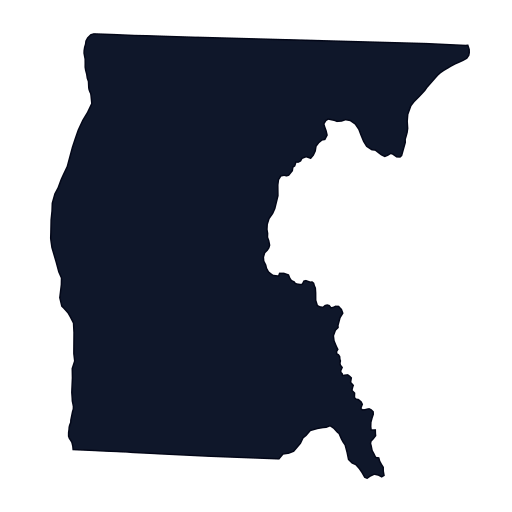 Breu Branco, Pará, Brazil, rotated 2°
{"feature_id": "56859067B62895798843841", "entity_name": "Breu Branco", "entity_type": "district", "adm_level": 2, "iso_a3": "BRA", "parent_name": "Brazil", "parent_adm1": "Pará", "projection": "robinson", "projection_center": [-49.279, -3.757], "detail": "fine", "context": "isolated", "style": "filled", "palette": "ink", "viewbox_px": 512, "rotation_deg": 2, "n_neighbors": 0, "source": "geoboundaries", "source_scale": "gbopen_adm2", "svg_char_len": 4009}
<svg xmlns="http://www.w3.org/2000/svg" viewBox="0 0 512 512"><g transform="rotate(2 256 256)"><path d="M85.6,101.7L86.6,109.4L82.6,118.6L80.8,121.8L78.2,126.5L74.0,136.4L71.4,144.8L68.8,153.7L64.3,173.2L60.9,181.0L58.7,186.3L55.9,194.8L52.9,200.9L50.6,210.3L50.6,218.3L50.0,227.0L50.2,239.9L50.2,241.9L50.2,245.3L50.6,248.0L51.8,254.7L56.7,269.5L59.5,278.7L62.4,284.7L62.5,291.5L61.4,304.5L63.7,312.9L65.5,314.5L70.2,319.4L72.5,323.1L76.0,329.4L76.2,332.0L76.8,338.8L77.3,357.5L77.4,360.1L78.5,367.3L76.3,374.9L76.8,384.3L76.7,395.6L76.7,398.8L77.3,404.6L77.5,407.3L78.2,410.1L78.8,412.8L78.8,415.4L78.1,418.0L76.7,426.5L76.7,428.8L75.7,431.6L75.3,433.6L75.2,436.1L74.9,439.0L75.0,442.6L75.9,444.8L77.1,446.4L78.5,448.6L79.1,450.7L79.6,452.6L80.0,455.8L102.4,456.0L106.7,456.1L108.4,456.1L114.0,456.2L115.7,456.2L121.9,456.2L123.7,456.2L127.6,456.3L129.8,456.3L133.4,456.3L139.4,456.6L161.6,456.9L164.9,457.0L216.0,457.7L286.0,457.9L289.9,452.9L295.5,451.9L300.4,449.8L303.2,446.3L306.9,441.6L309.3,436.1L312.2,433.6L316.3,428.5L323.5,426.2L328.8,425.1L332.1,424.7L336.0,423.0L339.8,425.4L343.7,429.4L345.2,430.4L347.8,435.9L349.6,438.9L351.7,441.7L353.9,449.0L355.6,456.1L359.3,459.5L363.1,461.0L366.6,464.7L369.5,468.6L372.4,473.3L374.8,474.2L377.7,472.0L381.8,469.9L386.1,470.7L389.3,472.3L391.6,470.8L390.7,466.6L390.5,462.7L388.7,460.1L386.7,456.7L385.7,453.5L382.6,453.2L380.6,449.4L378.8,446.4L377.7,441.7L377.0,439.5L377.3,437.1L379.4,434.7L381.8,431.4L381.5,429.1L381.3,425.7L377.1,425.9L376.6,422.4L376.6,418.1L377.7,413.4L378.7,410.1L378.5,407.6L376.4,405.7L374.4,404.8L372.8,405.1L370.1,405.9L367.6,406.1L366.0,404.6L366.7,402.5L367.4,400.5L366.1,398.1L363.3,395.9L360.8,395.6L359.3,394.0L359.3,389.6L356.5,387.0L357.1,383.9L357.7,381.9L354.9,379.0L355.5,374.5L353.7,372.9L351.8,371.6L346.5,372.4L346.2,370.6L344.8,369.4L344.7,367.5L346.0,364.4L344.1,362.1L343.6,360.2L344.0,357.9L343.4,356.2L343.1,353.6L341.8,351.8L340.1,351.0L339.8,348.7L341.0,346.5L339.6,343.9L338.6,341.8L336.9,338.0L336.1,333.0L337.9,327.4L340.5,324.6L340.3,322.5L340.9,319.9L342.1,314.7L344.7,310.1L343.2,306.4L341.7,305.0L340.3,303.5L337.3,303.5L335.0,304.7L332.7,305.2L330.9,303.0L328.9,302.5L326.8,303.1L324.8,305.0L321.5,304.6L319.0,303.4L317.2,298.2L316.9,290.9L316.4,286.0L315.3,283.7L314.5,281.2L312.9,280.0L311.2,280.3L306.7,278.9L304.8,279.4L303.3,282.6L301.6,283.0L297.8,282.6L296.1,282.0L295.1,280.6L292.2,279.3L290.5,277.0L289.1,273.8L284.5,272.4L280.2,272.5L279.3,275.3L273.6,274.8L271.4,273.3L269.0,271.5L266.9,268.0L266.0,264.7L264.9,262.7L263.9,260.9L263.4,256.9L264.5,252.5L267.1,249.7L268.5,247.4L269.2,244.7L268.2,240.4L266.8,236.9L266.8,233.0L266.0,229.1L266.1,223.9L267.7,218.1L271.1,212.9L273.1,208.0L275.8,195.0L275.3,184.2L275.8,178.9L278.0,175.1L281.3,174.3L283.7,174.8L285.8,174.1L289.3,169.5L289.7,165.9L291.5,164.6L292.6,160.7L294.9,160.7L297.2,159.4L298.5,156.8L302.6,155.0L304.4,155.5L307.2,156.4L309.7,153.2L311.5,149.0L312.1,144.2L314.7,140.5L317.9,137.7L320.7,137.1L322.8,132.7L321.7,128.6L320.0,124.3L319.1,121.6L321.1,118.1L323.4,116.6L329.7,117.7L332.2,118.6L336.8,118.1L340.7,116.6L345.5,117.3L350.6,120.6L354.4,125.8L356.7,131.3L359.6,137.7L362.8,142.5L368.0,145.7L371.6,146.0L375.7,149.0L377.9,150.5L381.2,152.0L384.1,150.7L386.7,148.9L388.7,149.1L393.2,152.0L396.5,152.0L398.0,150.5L401.2,137.3L401.0,134.1L401.9,130.7L402.7,127.2L403.1,123.2L402.4,116.1L402.7,109.1L405.5,100.4L408.5,96.2L413.5,90.8L417.1,86.7L418.9,84.6L420.8,81.6L431.1,69.0L433.8,66.4L437.0,64.0L444.0,59.5L448.3,57.0L451.9,55.3L455.9,53.3L459.7,51.0L461.6,48.0L462.0,45.3L461.8,42.1L460.3,38.0L458.0,38.3L418.9,37.8L325.7,38.5L204.7,39.4L191.8,39.5L186.8,39.6L155.5,39.7L149.2,39.7L139.9,39.7L126.9,39.9L106.6,39.7L91.8,39.7L89.7,39.7L86.2,39.7L83.2,40.7L80.2,43.9L78.6,47.1L78.3,50.3L77.5,53.3L77.1,56.6L77.1,59.3L77.8,62.5L78.4,65.1L78.6,69.4L78.7,73.2L79.3,76.3L80.5,80.2L81.2,84.1L82.5,87.4L83.0,93.6L83.4,95.5L84.3,97.7L85.2,99.4L85.6,101.7Z" fill="#0f172a" stroke="#020617" stroke-width="1.5"/></g></svg>